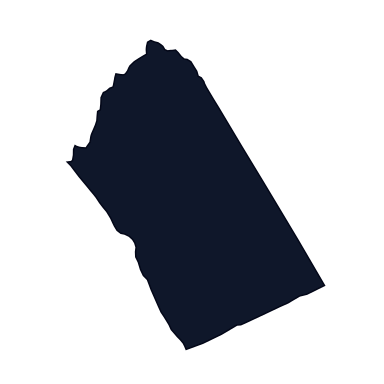 Nyaribari Masaba, Nyanza, Kenya, rotated 353°
{"feature_id": "3690345B15425967230787", "entity_name": "Nyaribari Masaba", "entity_type": "district", "adm_level": 2, "iso_a3": "KEN", "parent_name": "Kenya", "parent_adm1": "Nyanza", "projection": "equal_earth", "projection_center": [34.907, -0.835], "detail": "fine", "context": "isolated", "style": "filled", "palette": "ink", "viewbox_px": 384, "rotation_deg": 353, "n_neighbors": 0, "source": "geoboundaries", "source_scale": "gbopen_adm2", "svg_char_len": 1725}
<svg xmlns="http://www.w3.org/2000/svg" viewBox="0 0 384 384"><g transform="rotate(353 192 192)"><path d="M167.0,347.5L184.4,343.4L204.0,336.7L220.4,329.5L224.3,329.7L228.9,328.3L253.9,320.1L265.0,316.4L274.1,313.6L277.6,312.0L286.1,308.3L293.6,307.4L312.1,300.9L291.4,252.7L275.1,215.9L263.5,189.8L246.6,152.2L228.9,112.1L224.6,102.7L219.0,90.0L217.5,85.8L217.2,83.9L215.1,79.8L212.2,77.8L211.4,72.7L209.0,67.6L206.7,62.5L203.3,59.8L200.5,59.2L197.8,56.3L195.1,51.9L192.9,49.1L190.1,49.2L187.8,49.0L184.9,49.0L182.3,47.4L180.8,43.9L179.0,42.0L176.4,39.8L172.8,38.4L169.5,36.5L166.2,37.9L164.8,41.7L164.3,43.7L164.0,45.5L163.8,49.7L162.0,50.4L159.7,51.4L157.5,52.4L155.5,53.3L152.2,54.9L150.6,55.7L149.1,56.8L145.9,59.2L144.5,61.1L142.9,63.9L140.7,66.3L139.6,67.1L138.1,67.4L135.2,66.8L130.9,65.5L129.5,68.9L129.0,70.7L128.5,72.2L127.2,76.3L126.4,78.2L123.0,79.0L120.0,81.1L118.3,81.9L116.2,82.5L113.3,87.2L112.3,93.7L111.0,99.3L108.2,100.5L107.2,105.0L106.3,109.7L104.4,113.8L102.1,117.8L100.0,121.3L98.9,123.4L98.4,124.8L96.9,130.1L93.8,133.5L92.2,135.4L87.9,134.6L85.5,133.9L82.9,132.7L81.6,131.7L79.7,135.2L78.9,140.9L77.5,145.6L76.1,147.1L71.9,147.1L75.0,151.1L77.4,155.3L78.5,157.2L81.9,163.0L85.3,168.3L88.2,172.8L91.9,178.7L94.2,182.2L96.3,185.7L99.1,191.4L102.1,196.5L105.0,201.0L108.2,208.1L109.7,212.8L110.9,216.3L113.0,221.0L116.4,224.3L120.0,225.5L124.2,228.2L127.3,231.8L129.0,235.5L129.8,240.1L128.7,244.5L128.3,249.6L130.2,255.1L131.5,262.7L133.6,269.0L137.1,273.5L138.3,278.4L139.6,283.9L142.7,294.2L144.7,300.9L146.8,307.6L149.1,312.1L150.9,316.0L153.1,320.9L154.7,326.0L157.6,330.3L159.9,333.8L162.3,336.9L164.9,340.9L166.1,344.2L167.0,347.5Z" fill="#0f172a" stroke="#020617" stroke-width="1.5"/></g></svg>